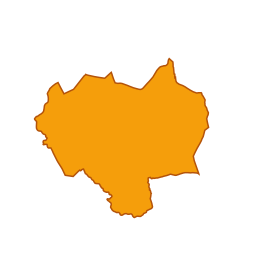 the district of Kota Payakumbuh, Sumatera Barat, Indonesia, rotated 229°
{"feature_id": "22746128B75816793285642", "entity_name": "Kota Payakumbuh", "entity_type": "district", "adm_level": 2, "iso_a3": "IDN", "parent_name": "Indonesia", "parent_adm1": "Sumatera Barat", "projection": "robinson", "projection_center": [100.624, -0.229], "detail": "fine", "context": "isolated", "style": "filled", "palette": "amber", "viewbox_px": 256, "rotation_deg": 229, "n_neighbors": 0, "source": "geoboundaries", "source_scale": "gbopen_adm2", "svg_char_len": 5476}
<svg xmlns="http://www.w3.org/2000/svg" viewBox="0 0 256 256"><g transform="rotate(229 128 128)"><path d="M163.5,56.7L160.3,55.9L158.2,55.2L150.4,53.2L148.0,52.7L142.7,51.9L140.3,51.5L133.5,49.6L127.4,54.8L127.5,56.5L127.9,62.2L127.9,63.8L127.3,63.9L127.0,64.0L126.8,64.4L126.7,64.8L126.9,65.0L127.0,65.3L127.0,65.6L126.8,66.0L126.6,66.3L126.6,66.6L126.6,67.0L126.2,67.5L121.5,65.9L120.3,66.4L119.6,66.4L118.3,66.3L117.4,66.3L116.9,66.3L116.0,66.7L115.7,66.8L115.2,67.3L114.9,67.3L112.8,66.9L111.8,67.2L111.1,67.4L109.4,67.0L107.8,66.9L106.7,67.8L105.3,69.2L104.6,69.6L103.6,69.5L103.3,69.4L103.1,69.3L102.8,69.2L102.5,69.1L101.9,69.2L101.4,69.0L101.0,68.9L100.1,68.8L99.9,68.9L98.8,69.4L98.7,69.4L97.8,69.0L97.6,68.7L97.4,68.7L97.2,68.5L96.6,68.4L96.2,68.4L95.5,68.7L95.3,68.8L94.7,68.9L94.3,69.3L94.2,69.3L93.9,69.5L93.5,69.7L93.3,70.0L92.6,70.9L92.3,71.2L92.0,71.2L91.7,71.1L91.0,70.7L90.7,70.5L90.5,70.4L90.2,70.4L89.6,70.5L89.4,71.0L89.2,71.3L88.8,71.4L88.4,71.2L87.9,71.2L87.4,71.3L87.1,71.2L86.9,70.9L86.7,70.5L86.6,69.9L86.7,69.3L86.6,68.8L86.6,68.6L86.7,68.2L86.5,67.6L86.8,67.2L87.0,66.9L87.4,66.6L87.7,66.4L87.9,66.2L88.0,65.8L88.0,65.6L87.9,65.4L87.7,65.3L86.7,65.2L86.1,65.3L85.6,65.5L84.8,65.6L83.9,65.7L83.5,65.8L83.0,65.9L82.4,65.8L82.0,65.7L81.7,65.5L81.3,65.2L81.0,64.9L80.6,64.2L80.3,63.7L79.9,63.2L79.3,62.7L77.8,62.6L77.3,62.4L76.9,62.3L76.2,62.3L75.7,62.3L74.2,62.7L73.1,63.4L72.6,63.6L72.1,63.7L71.5,64.1L71.2,64.4L71.1,64.8L70.8,65.1L70.4,65.5L69.9,65.7L69.2,65.8L68.8,65.8L68.5,65.6L68.1,65.4L67.8,65.3L67.3,65.3L66.8,65.6L66.4,65.9L66.1,66.3L65.7,68.1L65.6,69.0L65.3,69.4L65.0,69.9L64.6,70.5L64.2,70.7L63.5,71.0L62.9,71.5L62.3,72.1L61.9,72.8L61.6,73.4L61.4,73.7L61.1,74.0L60.6,74.2L60.1,74.3L59.6,74.2L58.5,73.8L57.0,73.8L56.6,73.9L56.2,74.2L56.0,75.1L55.8,76.0L55.5,76.8L55.2,77.3L54.8,77.8L54.4,78.0L54.0,78.5L53.4,79.0L53.0,79.6L52.7,82.5L53.2,83.8L52.9,84.5L52.7,85.2L52.4,86.1L52.4,86.6L53.2,87.8L53.2,88.2L52.8,89.5L52.6,90.4L52.0,92.4L51.9,92.9L51.9,93.5L52.2,94.4L52.4,94.7L52.8,95.0L53.1,95.2L53.4,95.3L55.5,96.5L57.6,97.4L59.9,98.3L60.1,98.4L60.2,98.7L60.6,99.2L61.9,100.8L62.3,101.2L62.6,101.5L63.2,102.2L63.4,102.7L64.4,102.8L64.6,103.0L64.8,103.1L65.0,103.3L65.5,103.6L65.8,103.7L66.3,103.8L66.8,103.6L67.0,103.5L67.3,103.6L67.4,103.8L67.5,104.0L67.5,104.4L67.7,104.5L69.2,104.8L69.9,105.2L70.5,105.7L71.2,106.7L71.5,106.9L72.0,107.1L73.2,107.2L73.7,107.1L74.1,107.3L74.5,108.5L75.3,109.1L75.6,109.2L75.8,109.3L76.3,109.7L77.0,110.5L77.0,110.8L76.3,111.9L76.1,112.4L75.7,112.4L74.8,112.4L74.2,112.6L74.0,112.8L74.1,113.4L73.9,113.8L73.7,114.1L73.0,114.5L72.9,114.6L71.8,116.4L71.4,117.0L71.2,117.1L70.8,117.7L69.6,120.3L69.0,121.4L68.5,122.3L68.3,123.0L66.7,126.1L66.2,127.3L65.8,128.4L65.6,128.8L65.5,129.4L65.0,130.0L63.5,131.0L61.3,132.6L60.4,133.9L60.2,134.7L60.0,135.0L59.6,135.8L59.4,136.6L57.7,140.4L56.9,141.7L55.0,143.9L53.1,145.8L51.9,147.5L49.1,150.2L48.2,150.9L47.4,151.2L46.9,151.3L47.5,151.6L56.3,155.1L60.0,156.6L63.9,158.8L65.3,161.9L67.3,166.7L69.2,172.2L70.3,175.0L71.1,176.4L72.2,179.1L73.2,180.6L75.9,184.5L75.6,189.2L79.0,191.0L81.0,192.1L83.4,193.5L84.8,195.7L85.4,197.1L86.8,198.7L89.6,199.5L91.6,200.5L93.9,200.8L94.8,201.1L96.1,202.2L97.2,202.8L97.8,203.7L98.6,204.6L99.8,204.9L102.7,205.5L104.7,205.7L105.9,206.4L106.6,206.4L108.3,204.4L109.3,202.8L112.5,201.0L115.7,199.8L119.0,198.8L121.6,198.1L124.2,197.1L127.5,195.3L130.3,194.6L132.0,195.0L133.7,196.1L135.1,197.1L135.2,196.3L136.1,196.9L137.1,198.0L138.0,198.6L138.5,198.2L143.9,202.1L144.6,202.2L146.6,203.9L148.4,205.2L153.3,204.6L153.0,203.5L152.4,202.6L151.5,201.5L150.9,200.9L150.4,200.1L150.2,198.9L150.2,198.1L150.3,197.7L150.5,197.1L150.9,196.6L151.7,195.4L152.0,194.5L152.4,193.9L152.7,193.2L153.0,192.3L153.0,191.3L152.9,190.1L152.5,187.5L150.9,182.7L150.1,180.3L149.5,176.4L149.2,174.1L149.0,171.8L148.2,165.6L148.3,164.2L148.5,163.4L149.1,162.5L150.1,161.6L152.0,160.3L154.9,158.4L157.0,157.3L158.5,156.5L160.5,155.5L165.5,152.7L166.0,152.3L166.9,151.5L167.7,150.5L168.2,149.8L168.7,149.3L170.5,147.9L173.4,148.8L176.9,150.2L179.7,151.4L181.0,151.9L180.9,147.3L180.8,143.9L180.9,143.0L185.1,139.4L188.9,136.3L192.0,134.0L193.7,132.7L195.5,131.5L196.1,131.3L196.0,131.1L196.0,130.7L196.1,129.3L196.0,128.5L192.9,112.3L193.7,109.5L195.8,102.1L202.5,103.6L208.2,105.0L208.4,104.1L208.7,103.1L208.9,102.1L209.1,99.3L209.1,97.9L209.0,95.1L208.8,94.4L208.7,94.1L208.5,93.9L208.3,93.7L207.7,91.6L207.1,90.2L206.7,89.5L206.2,89.4L205.1,88.9L204.0,88.3L202.6,87.3L201.4,86.2L200.5,85.3L200.1,84.5L200.0,83.9L200.2,82.6L200.3,81.3L200.1,80.7L199.6,79.5L197.6,77.3L196.1,75.4L195.8,74.6L195.6,73.5L195.6,72.6L195.6,71.9L195.8,71.0L196.0,69.7L196.1,68.3L196.2,67.5L196.3,67.0L196.5,66.7L196.8,66.4L196.4,63.8L196.1,63.4L195.5,63.2L194.5,63.2L193.8,63.3L192.6,63.1L189.8,60.4L188.7,59.4L187.5,58.6L186.0,58.3L185.2,58.4L184.6,58.6L183.8,59.2L183.3,59.7L182.7,60.2L182.2,60.3L181.6,60.3L181.0,60.1L180.6,60.1L179.6,60.1L178.9,60.2L178.3,60.6L177.7,60.9L177.3,61.0L176.9,61.1L176.4,61.0L176.0,60.7L175.6,60.3L175.3,60.2L174.8,60.2L173.7,60.4L173.4,60.3L173.2,59.7L172.7,58.4L172.7,58.0L172.9,57.3L173.5,56.8L173.7,56.4L173.8,56.0L173.7,55.5L173.3,54.9L172.8,54.5L172.2,54.5L171.9,54.4L171.8,54.1L172.1,53.5L171.8,54.0L171.6,53.9L171.4,53.3L171.3,53.2L171.1,53.2L170.8,53.3L170.0,54.7L169.5,55.4L169.2,55.7L168.9,56.0L168.6,55.9L168.2,55.9L167.7,55.4L166.9,55.0L166.0,54.7L165.1,54.9L163.5,56.7Z" fill="#f59e0b" stroke="#b45309" stroke-width="1.5"/></g></svg>